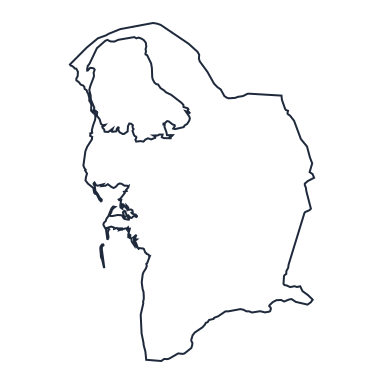 map outline of Balkan (Mercator projection)
{"feature_id": "TKM-351", "entity_name": "Balkan", "entity_type": "Province", "adm_level": 1, "iso_a3": "TKM", "parent_name": "Turkmenistan", "parent_adm1": "", "projection": "mercator", "projection_center": [54.104, 39.835], "detail": "fine", "context": "isolated", "style": "outline", "palette": "slate", "viewbox_px": 384, "rotation_deg": 0, "n_neighbors": 0, "source": "natural_earth", "source_scale": "10m", "svg_char_len": 5948}
<svg xmlns="http://www.w3.org/2000/svg" viewBox="0 0 384 384"><path d="M153.0,23.0L156.9,23.6L160.7,24.9L188.7,43.8L197.5,51.8L199.2,54.8L198.9,58.6L199.7,61.3L207.4,71.8L214.0,83.6L217.4,87.1L220.7,89.4L224.4,96.1L227.0,97.8L228.6,98.3L235.1,97.9L238.1,96.8L242.9,96.1L247.5,93.8L249.3,93.7L281.5,95.6L281.9,99.7L285.1,108.9L285.9,110.0L288.0,110.8L287.5,113.1L287.7,114.0L290.1,115.7L294.1,120.8L300.9,139.1L307.0,146.5L309.9,157.3L312.2,163.4L309.6,172.1L312.6,174.1L314.1,177.8L307.9,181.0L304.8,183.6L304.8,185.2L305.8,187.4L306.4,191.4L310.9,208.7L309.6,210.1L305.1,212.1L304.4,213.1L288.6,264.6L288.2,267.7L286.3,271.3L286.3,273.9L284.5,275.2L284.0,276.1L283.5,283.8L284.5,285.1L286.5,285.4L290.2,287.1L294.5,286.2L297.0,287.0L300.2,286.3L302.5,291.1L308.2,295.3L312.7,299.7L310.8,302.3L307.5,304.6L295.8,301.9L291.6,299.1L289.1,299.5L284.1,301.5L281.2,300.0L276.4,300.2L272.8,302.1L269.6,305.1L269.2,306.0L270.6,307.6L270.9,308.8L270.2,311.0L269.4,311.6L265.0,312.4L260.2,311.2L252.0,312.5L249.0,311.3L246.4,311.3L243.6,309.8L240.4,309.1L228.6,311.3L225.4,311.4L218.1,316.3L214.1,317.8L213.6,318.9L209.0,320.0L207.6,322.2L205.7,322.9L205.0,324.5L202.6,327.2L194.8,332.5L192.6,335.3L191.3,339.7L191.3,341.0L192.4,342.8L192.2,345.3L191.3,348.0L184.4,353.5L182.5,353.9L178.2,353.4L169.4,358.5L167.6,359.1L164.1,359.0L161.3,361.0L146.2,359.8L145.4,351.6L143.7,345.2L143.4,342.3L141.6,333.6L140.7,314.8L143.3,303.3L143.1,301.6L143.7,299.5L143.8,296.7L143.5,291.8L142.6,289.1L141.7,282.3L142.7,274.4L143.5,272.2L146.0,268.3L146.8,265.9L146.3,263.9L147.1,263.3L149.7,256.5L149.2,256.7L149.1,255.3L148.4,254.6L146.6,253.9L146.3,253.1L145.3,252.6L143.9,249.0L143.4,248.6L139.6,248.1L138.6,248.8L137.6,247.3L136.2,243.5L135.7,244.0L136.8,247.1L135.2,245.7L134.8,244.5L135.4,242.6L135.0,240.8L136.8,239.4L135.2,239.3L135.2,237.9L136.4,234.8L133.1,237.6L133.8,238.0L134.3,245.4L131.8,241.7L131.2,238.2L130.0,238.0L130.4,235.2L129.9,234.8L128.3,238.0L128.3,234.5L129.3,230.7L127.9,232.1L129.0,228.9L127.6,229.4L128.1,227.9L128.0,227.4L126.5,228.9L126.1,228.4L123.3,228.9L122.3,229.7L121.9,229.7L121.9,228.4L121.6,228.4L120.6,229.7L119.1,230.2L119.8,228.4L118.3,228.4L117.6,228.9L116.9,228.0L114.1,228.9L114.3,227.7L111.3,226.6L106.7,228.0L109.2,229.4L108.2,230.8L107.8,232.8L108.5,236.7L108.3,238.3L107.8,239.1L107.3,239.0L106.0,229.5L103.6,225.4L103.4,224.2L103.9,222.9L105.8,220.9L106.5,218.6L108.2,216.5L111.5,208.4L113.2,206.5L115.2,206.9L113.3,208.2L111.8,210.3L111.1,212.8L109.9,214.2L110.2,215.9L112.1,216.1L117.7,215.0L121.0,215.2L122.0,215.5L123.7,218.3L124.4,218.9L128.3,219.7L128.8,219.7L129.0,219.0L128.8,217.9L127.9,217.4L128.6,215.7L130.7,217.9L131.7,217.9L133.2,216.4L134.3,216.1L136.4,217.0L137.0,216.4L136.8,215.7L135.7,214.7L132.4,213.7L131.5,212.8L132.8,212.1L132.4,210.3L131.0,209.5L128.5,209.8L128.1,207.3L126.5,205.5L126.8,208.7L123.3,204.4L121.9,204.1L122.6,206.0L121.2,205.1L121.2,206.3L122.2,207.6L122.3,208.7L120.5,207.5L120.3,205.1L121.2,200.0L119.3,200.3L118.7,199.5L120.4,198.6L124.8,193.0L124.0,191.7L126.7,191.0L126.1,189.9L128.3,187.4L128.6,186.1L127.9,186.6L127.0,185.7L124.4,185.7L121.6,183.8L119.7,183.5L118.0,184.3L115.8,186.8L113.6,188.0L111.2,186.8L107.9,184.2L105.5,185.7L101.7,186.1L103.2,184.3L97.7,185.7L96.1,185.2L94.5,182.5L93.6,183.4L93.6,184.1L94.8,186.4L95.4,191.0L97.7,194.0L99.6,197.6L101.7,199.5L101.7,200.0L99.3,198.6L101.4,200.9L101.0,201.3L99.4,199.7L97.2,195.2L96.5,194.3L94.7,193.5L94.1,192.4L93.4,188.4L93.0,187.7L88.0,183.7L85.5,180.4L85.9,177.4L87.0,173.6L85.1,170.4L85.7,169.8L84.4,168.1L83.4,165.5L85.4,151.2L87.2,146.7L91.9,139.4L92.2,136.9L90.1,135.8L90.6,133.9L90.3,133.4L92.2,132.8L91.8,130.4L93.1,125.3L95.0,120.1L95.4,117.7L94.7,110.2L97.0,111.9L97.2,112.7L96.8,115.0L97.3,116.3L99.6,119.2L101.0,123.9L102.8,125.3L105.3,124.8L104.5,125.7L102.3,126.7L102.6,127.8L104.2,129.5L104.5,131.5L105.1,131.8L108.4,131.9L112.7,128.6L111.6,131.4L112.2,131.8L116.1,131.4L116.5,131.0L116.8,128.8L118.1,127.3L118.7,127.6L118.3,129.9L119.6,132.3L122.8,134.0L123.9,134.0L127.6,131.5L128.0,126.1L129.3,123.5L131.2,123.8L132.9,125.3L132.5,126.7L132.8,128.1L133.6,129.0L132.5,130.9L133.9,134.8L134.7,136.0L136.1,136.7L136.4,137.4L135.4,139.9L136.2,141.6L140.5,141.1L143.5,141.6L145.2,139.7L147.9,138.3L151.2,139.4L155.2,137.8L155.5,136.7L153.4,135.5L157.9,135.4L159.4,134.5L162.6,134.6L161.8,137.2L163.7,138.1L171.5,138.3L169.3,137.4L170.0,136.5L172.0,136.0L172.8,135.1L167.0,135.1L166.3,131.8L164.5,127.0L164.7,124.8L163.4,124.6L163.5,123.5L164.7,123.4L166.8,121.3L167.7,121.1L169.2,121.7L172.4,124.3L174.7,125.2L174.8,126.2L173.2,128.6L175.1,129.1L183.7,127.1L184.6,125.5L187.2,123.9L189.2,120.7L189.9,118.5L189.2,116.4L185.6,111.2L188.0,112.0L190.2,113.5L187.8,110.6L187.8,109.8L188.4,109.3L187.6,108.2L183.5,107.0L183.4,104.9L181.6,102.9L171.3,94.9L165.8,92.2L163.9,90.3L160.5,88.1L158.1,84.5L156.2,84.1L154.4,82.5L152.7,79.3L152.2,76.9L151.9,68.2L151.1,63.4L147.1,55.1L145.6,54.5L145.4,53.7L146.0,51.7L145.6,49.0L146.3,46.6L145.8,42.7L143.7,40.0L141.2,38.5L138.6,37.6L136.4,38.3L134.2,37.1L118.3,39.8L114.3,41.6L110.3,41.4L107.4,39.9L105.3,40.8L96.9,48.2L89.7,63.4L87.7,66.1L87.1,69.6L87.2,70.6L87.8,70.5L90.2,67.8L92.8,68.1L94.0,68.6L94.7,69.7L93.6,72.8L94.0,75.6L93.7,77.2L90.3,86.0L89.3,90.0L90.6,95.3L90.9,99.6L94.3,107.7L94.0,109.1L92.9,111.1L92.9,112.6L91.1,110.7L91.3,104.9L90.4,102.3L89.3,100.9L89.3,98.1L88.1,93.4L87.5,92.8L86.6,90.2L84.7,89.0L84.3,86.8L83.1,85.5L80.7,84.6L78.9,82.2L76.4,80.4L76.3,78.7L77.7,76.0L77.9,71.7L76.3,68.7L74.7,68.5L73.9,67.4L72.3,66.1L70.6,65.5L69.9,64.5L86.8,47.5L97.9,38.3L105.9,35.4L108.9,33.7L120.3,29.1L153.0,23.0ZM100.5,246.8L101.9,244.6L103.2,244.4L103.4,244.8L103.5,245.4L102.0,246.4L101.8,249.1L104.2,267.2L103.9,267.2L102.2,259.9L101.0,257.1L100.3,248.3L100.5,246.8ZM123.2,211.9L124.4,211.0L125.0,211.8L125.5,211.5L125.8,213.3L126.8,214.9L126.6,215.7L125.1,217.0L124.4,217.0L122.9,212.6L123.2,211.9Z" fill="none" stroke="#1e293b" stroke-width="2"/></svg>